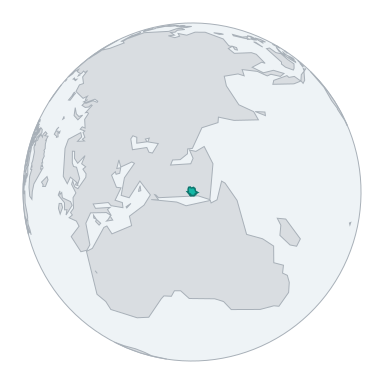 `Asir on an orthographic globe, rotated 299°
{"feature_id": "SAU-886", "entity_name": "`Asir", "entity_type": "Region", "adm_level": 1, "iso_a3": "SAU", "parent_name": "Saudi Arabia", "parent_adm1": "", "projection": "orthographic", "projection_center": [42.804, 19.207], "detail": "fine", "context": "on_globe", "style": "filled", "palette": "teal", "viewbox_px": 384, "rotation_deg": 299, "n_neighbors": 0, "source": "natural_earth", "source_scale": "10m", "svg_char_len": 11317}
<svg xmlns="http://www.w3.org/2000/svg" viewBox="0 0 384 384"><g transform="rotate(299 192 192)"><circle cx="192" cy="192" r="169" fill="#eef3f6" stroke="#a8b0b8"/><path d="M222.6,25.8L209.9,24.1L201.6,23.3L222.6,25.8ZM161.9,25.7L162.2,25.7L154.5,27.3L152.7,27.8L149.2,28.6L150.9,28.4L154.5,27.6L156.4,27.4L155.7,27.8L151.0,28.7L150.7,28.7L149.0,29.2L146.9,29.6L147.5,29.6L142.0,31.0L146.4,30.3L141.1,32.1L137.6,32.9L139.5,31.8L137.4,32.1L149.5,28.5L161.9,25.7ZM110.3,44.1L110.8,43.9L117.2,40.5L118.6,40.0L124.7,37.4L122.1,39.0L116.4,42.1L111.3,44.5L108.6,46.1L112.2,45.1L101.4,51.4L92.1,59.2L89.5,61.0L86.6,61.4L89.9,57.7L87.3,59.4L98.5,51.3L110.3,44.1ZM86.4,60.1L87.0,60.0L80.4,65.3L78.6,67.1L78.0,67.9L79.9,66.6L77.3,68.9L75.6,69.5L78.0,67.3L78.5,67.0L80.0,65.5L79.8,65.7L86.4,60.1ZM23.1,197.0L24.6,207.0L27.5,218.7L28.8,228.4L29.2,236.1L33.6,250.9L29.4,237.8L26.2,224.4L24.1,210.8L23.1,197.0ZM125.6,36.8L125.1,37.1L124.3,37.4L125.6,36.8ZM128.7,35.6L128.1,35.7L129.4,35.1L129.8,35.0L128.7,35.6ZM129.2,35.6L131.9,34.1L134.4,33.2L137.8,32.3L129.2,35.6ZM236.4,29.0L237.3,29.3L240.6,30.2L233.2,28.4L233.0,28.1L236.4,29.0ZM155.9,27.3L152.0,28.1L155.9,27.1L155.9,27.3ZM170.6,24.4L172.3,24.2L168.2,24.8L175.7,23.9L173.8,24.4L169.3,25.0L166.2,25.3L167.9,25.3L157.9,26.7L165.4,25.1L170.6,24.4ZM228.6,27.6L228.2,27.7L227.2,27.3L228.6,27.6ZM157.5,27.2L158.8,26.8L163.6,26.1L161.7,26.9L160.8,26.8L157.5,27.2ZM178.5,23.6L181.7,23.4L181.1,23.7L182.3,23.7L174.2,24.3L178.5,23.6ZM159.4,27.2L160.7,27.4L157.8,28.1L156.5,27.7L159.4,27.2ZM165.6,25.6L167.8,25.4L166.0,25.7L165.6,25.6ZM148.4,31.6L149.9,30.7L152.5,30.2L148.4,31.6ZM161.4,27.4L162.3,27.1L163.5,26.9L163.8,27.2L161.4,27.4ZM174.4,24.6L173.4,24.9L177.6,24.4L177.3,24.8L172.0,25.3L174.2,25.2L174.1,25.4L169.9,25.7L174.4,24.6ZM167.6,27.0L160.8,28.2L157.4,29.7L155.0,30.1L160.9,27.7L167.6,27.0ZM169.3,26.2L167.7,26.7L165.5,26.8L165.3,26.4L169.3,26.2ZM179.0,25.0L180.9,24.2L182.0,24.2L179.0,25.0ZM167.1,27.4L168.8,27.2L167.1,27.5L167.1,27.4ZM175.9,25.7L176.3,25.3L177.6,25.3L175.9,25.7ZM171.7,27.1L169.5,27.4L169.2,27.0L171.7,27.1ZM173.9,26.4L175.5,26.4L170.4,26.8L174.0,26.2L173.9,26.4ZM176.9,25.7L177.8,25.5L176.6,25.9L176.9,25.7ZM173.9,28.3L167.6,28.8L167.0,28.0L173.2,27.6L173.9,28.3ZM259.7,37.2L264.9,39.7L269.6,42.1L270.1,42.2L276.8,45.9L289.1,53.8L277.2,46.6L258.3,37.0L265.8,40.5L263.5,39.7L265.9,41.1L271.2,43.9L272.2,44.2L277.8,50.5L289.5,60.4L290.1,58.6L294.3,60.8L308.2,73.0L321.3,93.9L327.1,99.1L330.0,103.2L330.6,106.9L326.4,100.8L323.6,99.7L321.2,96.0L320.7,100.6L317.2,95.6L318.6,102.1L322.2,105.6L323.9,103.0L326.6,111.4L333.2,117.1L338.1,126.0L341.0,145.1L337.8,153.2L338.5,156.4L335.1,154.2L333.8,161.8L342.7,176.5L343.6,181.5L340.0,193.6L339.3,190.0L330.3,184.2L330.9,196.7L337.9,204.2L340.3,215.0L336.0,213.3L333.2,203.9L330.0,201.5L329.2,190.8L323.4,176.5L318.9,181.3L317.6,175.0L308.9,164.1L301.5,170.6L291.0,190.7L292.2,207.0L287.3,215.1L275.0,194.0L270.3,178.8L265.3,181.1L253.0,169.5L230.3,171.2L227.6,167.3L223.2,169.5L214.6,166.0L210.6,159.5L205.2,160.2L216.1,177.2L222.0,176.6L227.5,169.5L229.4,175.7L237.7,180.6L226.9,196.6L194.0,211.3L191.6,199.2L170.8,165.5L171.9,161.8L171.8,161.4L171.6,160.6L168.9,166.6L165.6,160.0L175.8,183.5L177.1,193.5L193.5,212.1L191.7,214.0L197.3,217.7L215.9,212.6L215.8,216.6L206.5,235.5L181.4,260.3L185.3,276.4L184.3,289.6L169.8,297.8L172.3,307.5L165.0,310.5L165.3,315.8L160.1,320.9L151.0,325.2L134.2,323.4L132.2,318.8L122.3,308.5L108.2,283.3L111.5,272.7L109.6,263.6L97.5,241.2L100.1,230.0L97.1,224.5L90.8,224.5L87.5,217.8L83.8,216.9L61.5,214.9L55.4,205.0L49.9,178.0L54.4,169.7L56.5,158.5L88.9,128.5L94.4,132.2L118.3,132.1L121.0,134.0L116.6,142.3L133.3,155.5L140.5,149.0L157.2,156.4L169.3,157.0L176.3,141.1L156.5,139.8L154.7,131.7L171.7,126.0L189.2,127.8L189.1,124.8L179.3,117.6L184.6,112.5L176.1,114.8L178.6,117.9L173.3,119.7L170.7,117.0L172.6,115.1L167.7,113.5L159.5,123.6L161.2,127.9L147.5,128.7L149.0,136.2L144.8,139.2L140.8,127.8L142.2,123.9L133.6,111.4L130.9,115.5L138.8,127.8L135.8,126.5L132.2,132.9L132.5,127.1L124.6,113.4L113.2,114.3L96.3,128.3L90.1,128.3L85.9,123.8L94.4,108.0L107.3,109.8L110.5,105.0L109.9,97.0L113.9,98.5L115.2,95.7L120.3,96.3L129.4,90.7L134.9,90.9L140.3,83.0L143.9,82.2L139.6,86.9L139.6,90.6L153.4,92.0L156.6,90.5L159.1,85.5L162.5,86.8L163.2,81.8L172.0,80.8L161.7,78.1L164.4,73.0L170.7,69.6L169.7,67.6L159.4,73.2L156.9,76.0L157.7,79.0L149.3,87.2L144.2,88.1L146.0,78.4L138.8,78.9L143.3,71.8L168.6,59.8L178.2,58.3L190.0,65.9L186.7,68.8L180.8,67.3L184.5,73.2L185.0,70.5L187.9,71.8L191.2,67.9L193.4,68.7L192.7,63.8L195.8,64.4L196.1,67.5L203.5,62.9L210.4,63.4L211.0,62.1L209.7,60.4L219.3,62.7L219.4,61.6L216.2,60.4L214.2,57.6L214.5,53.8L217.8,54.8L218.2,56.3L223.9,61.2L224.4,65.5L225.7,65.6L226.1,62.1L219.1,56.0L218.3,53.5L222.2,56.0L220.7,54.9L221.4,53.9L225.1,54.1L221.1,51.3L223.7,41.8L231.1,41.6L234.3,44.5L239.6,40.6L247.6,41.8L244.7,40.6L245.2,38.5L242.7,38.0L241.4,37.4L241.7,33.2L244.3,33.4L241.2,31.3L239.7,30.8L237.5,30.4L233.2,28.4L240.6,30.2L243.6,31.1L244.4,31.4L259.7,37.2ZM76.2,145.4L74.9,148.6L76.2,145.4ZM206.9,138.5L218.0,139.0L214.4,129.0L218.4,128.5L215.7,125.5L214.1,128.3L207.9,120.0L213.1,117.2L212.5,113.0L208.8,112.7L200.1,119.4L209.0,130.9L205.9,135.1L206.9,138.5ZM80.5,65.3L79.4,66.6L78.9,66.8L80.5,65.3ZM80.8,68.2L76.6,72.1L79.3,69.3L77.7,70.1L81.3,65.7L88.3,61.7L84.5,64.1L80.8,68.2ZM88.0,59.4L85.0,62.2L88.0,59.3L88.0,59.4ZM117.6,81.4L118.7,83.4L115.7,86.3L108.8,87.4L113.0,83.1L117.6,81.4ZM120.8,85.7L124.5,76.5L128.9,75.9L125.8,77.7L128.4,78.3L124.1,81.4L124.7,90.4L122.2,93.6L110.8,93.0L115.9,91.2L114.6,89.2L120.8,85.7ZM126.1,58.4L127.7,55.6L135.2,57.7L132.8,60.2L125.8,61.1L124.5,58.7L126.1,58.4ZM134.8,34.6L134.9,34.3L136.2,33.9L137.2,33.9L134.8,34.6ZM148.9,31.2L135.5,36.2L135.0,35.9L127.8,39.8L123.6,40.6L128.4,38.0L119.8,41.9L122.5,39.9L116.8,42.7L128.0,36.7L130.1,35.5L129.3,36.5L133.1,35.6L135.3,34.9L143.3,32.0L149.6,29.3L154.3,28.5L156.0,28.6L155.2,29.1L152.4,29.4L153.3,29.9L148.6,30.7L148.9,31.2ZM172.8,36.9L169.9,35.9L171.0,39.1L166.4,39.1L166.8,39.5L162.8,40.5L158.6,42.6L156.7,42.3L155.9,43.3L153.3,44.1L151.6,45.4L147.5,45.6L145.1,47.3L144.6,46.4L141.5,49.4L142.0,47.3L138.6,48.5L139.9,49.9L122.4,49.8L114.7,52.2L108.0,55.5L109.7,52.1L117.2,47.1L127.0,42.4L134.1,40.9L133.6,39.9L136.9,39.0L135.9,40.2L139.4,37.9L141.9,37.6L150.6,34.8L154.1,32.3L157.4,31.4L157.2,32.2L160.6,30.8L162.5,31.9L164.9,31.4L169.2,32.2L167.5,34.5L170.3,33.8L173.7,34.7L172.8,36.9ZM175.0,28.6L174.1,30.7L171.0,32.0L164.8,30.1L162.4,30.4L158.3,29.8L162.8,28.1L163.5,28.4L165.3,28.3L163.2,28.9L166.2,28.4L167.3,28.9L170.0,28.7L169.0,29.4L175.0,28.6ZM125.1,131.3L127.4,132.0L131.2,132.1L129.0,136.3L125.1,131.3ZM119.5,122.0L121.7,121.7L120.4,127.3L118.0,126.8L119.5,122.0ZM124.0,117.1L121.9,121.3L121.6,118.7L124.0,117.1ZM141.8,86.6L144.3,86.3L144.1,87.5L142.3,89.2L141.8,86.6ZM175.3,48.1L174.1,46.9L175.1,46.5L175.8,43.5L179.3,43.5L180.3,45.3L175.3,48.1ZM172.4,143.6L168.3,146.6L166.7,145.0L168.4,144.3L172.4,143.6ZM147.1,141.5L152.4,144.1L146.4,142.7L147.1,141.5ZM179.2,47.6L179.1,46.3L181.0,47.1L179.2,47.6ZM181.9,43.4L184.3,44.1L179.8,43.2L181.9,43.4ZM241.2,344.7L242.4,345.6L239.7,346.1L241.2,344.7ZM213.8,287.1L203.5,309.5L195.3,309.8L193.2,303.4L196.7,289.9L206.0,285.8L210.4,279.3L213.8,287.1ZM353.8,231.6L354.8,231.0L354.6,231.8L353.8,231.6ZM352.9,230.4L354.3,229.1L352.3,232.2L352.9,230.4ZM354.8,228.7L356.2,225.8L356.8,223.9L356.5,225.6L354.8,228.7ZM351.8,231.4L344.3,236.4L340.9,236.5L342.1,233.3L347.6,230.7L351.8,231.4ZM341.8,233.4L336.0,228.7L325.4,210.5L329.3,209.4L339.8,218.6L339.2,221.2L342.7,225.5L341.8,233.4ZM354.2,211.7L353.5,219.1L349.7,221.3L347.8,221.5L346.5,213.3L347.3,208.2L349.0,207.3L353.5,187.7L355.5,190.0L354.6,197.8L356.1,202.8L354.2,211.7ZM293.0,208.3L297.3,217.0L294.4,219.2L293.0,208.3ZM353.8,175.2L353.0,183.6L353.2,173.1L353.8,175.2ZM353.0,165.8L353.8,169.1L352.4,166.5L353.0,165.8ZM339.9,161.0L338.2,162.9L337.4,160.6L339.1,156.8L339.9,161.0ZM341.8,133.7L344.6,140.5L345.2,143.1L343.1,139.4L341.8,133.7ZM209.2,49.0L204.3,52.9L203.2,56.4L206.2,59.1L199.8,57.2L201.7,51.8L209.2,49.0ZM221.5,42.4L218.9,40.4L221.4,40.5L222.3,41.0L221.5,42.4ZM219.0,41.7L213.2,40.9L212.6,39.4L217.3,40.3L219.0,41.7ZM196.1,43.4L194.4,44.5L193.0,43.7L196.1,43.4ZM326.4,294.4L325.7,295.3L325.1,295.7L328.7,290.8L335.0,278.9L335.6,278.6L339.6,269.8L347.6,256.6L354.5,237.9L354.8,237.1L350.9,249.4L346.1,261.3L340.4,272.8L333.8,283.9L326.4,294.4ZM356.1,229.2L357.9,222.0L358.4,220.5L356.1,229.2ZM360.9,197.1L360.8,196.8L360.9,194.6L360.9,197.1ZM359.8,206.3L359.7,208.3L359.5,207.4L359.8,206.3ZM360.2,204.4L360.5,204.6L360.0,206.2L360.2,204.4ZM356.9,203.5L357.3,207.4L358.7,202.9L357.6,208.2L358.0,214.3L357.5,217.4L357.2,210.7L356.3,219.2L355.6,219.8L355.7,213.3L356.6,204.1L357.3,199.8L359.4,195.4L356.9,203.5ZM360.4,199.1L360.2,194.4L360.2,190.7L360.5,192.8L360.4,199.1ZM358.8,183.6L357.2,179.1L356.6,182.4L357.1,172.0L358.6,178.1L358.8,183.6ZM356.3,171.9L355.8,175.0L355.8,169.2L356.3,171.9ZM355.2,173.3L354.3,169.4L355.2,169.1L355.2,173.3ZM356.7,171.5L355.5,164.5L356.6,168.1L356.7,171.5ZM351.9,160.9L355.0,165.6L352.4,165.2L348.7,152.4L349.5,151.1L351.9,160.9ZM334.2,105.6L332.0,102.5L331.8,101.0L333.3,103.5L334.2,105.6ZM329.0,94.3L331.0,99.6L332.2,104.5L333.4,105.4L336.7,111.5L333.0,107.2L329.7,99.6L329.3,97.0L326.1,92.3L323.9,88.3L319.4,83.0L317.4,80.3L321.3,84.4L329.0,94.3ZM317.4,81.0L308.8,71.9L309.9,71.8L312.0,73.7L315.5,77.8L314.7,77.6L317.4,81.0ZM307.0,69.8L306.2,69.7L291.8,58.9L289.0,56.8L300.5,64.1L300.4,64.5L303.7,67.4L307.0,69.8ZM230.1,28.1L228.4,27.7L229.7,27.9L230.1,28.1ZM240.0,37.2L238.4,36.2L239.9,36.2L240.0,37.2ZM234.7,33.9L234.1,34.5L233.4,33.4L234.7,33.9ZM232.9,36.1L233.2,34.5L234.9,36.7L232.9,36.1Z" fill="#d9dde1" stroke="#a8b0b8" stroke-width="1"/><path d="M194.3,197.2L194.2,197.1L193.9,197.0L193.7,197.0L193.3,196.7L193.2,196.7L192.9,196.5L192.9,196.4L192.7,196.2L192.4,196.0L192.4,195.9L192.4,195.7L192.2,195.6L191.9,195.8L191.8,196.0L191.7,196.4L191.7,196.5L191.4,196.5L191.1,196.2L190.9,195.9L190.3,195.8L190.2,195.8L190.2,195.7L190.0,195.4L189.9,195.4L189.6,195.4L189.5,195.2L189.6,194.8L189.6,194.7L189.4,194.6L189.1,194.6L189.2,194.3L189.2,194.2L189.0,193.4L188.9,193.3L188.7,193.2L188.3,193.2L188.2,193.2L188.0,192.8L188.1,192.1L188.3,192.2L188.5,192.0L188.6,191.9L188.8,191.9L189.1,192.0L189.2,191.9L189.3,191.9L189.5,191.5L189.5,191.4L189.4,191.3L189.3,191.1L189.3,190.9L189.4,190.5L189.4,190.4L189.3,190.2L189.2,190.2L188.9,190.3L189.2,189.6L189.3,189.5L189.3,189.3L189.3,189.2L189.7,188.8L189.8,188.8L189.9,188.7L189.8,188.4L189.7,188.3L189.9,187.8L190.2,188.5L190.3,188.6L190.5,188.6L190.8,188.5L191.5,187.8L192.1,187.5L192.3,187.4L192.5,187.3L192.7,187.2L192.8,187.2L193.0,187.1L193.3,187.1L193.5,187.2L194.1,186.9L194.4,186.8L194.8,187.1L194.9,187.3L195.0,187.5L195.4,187.9L195.5,188.0L195.4,188.3L195.3,188.6L195.2,188.7L195.1,189.2L195.1,189.3L195.3,189.6L195.6,190.0L196.7,191.0L196.8,191.1L196.8,191.4L196.8,191.5L196.7,191.6L196.5,191.8L196.4,191.8L196.3,192.0L196.4,192.5L196.5,192.7L196.4,192.8L196.4,193.0L196.1,193.2L196.0,193.3L195.9,193.3L195.7,193.4L195.5,193.5L195.4,193.7L195.4,193.8L194.9,194.2L194.5,194.7L194.4,194.8L194.3,195.0L194.4,195.3L194.4,195.6L194.4,196.2L194.4,196.3L194.4,196.5L194.4,196.8L194.3,197.1L194.3,197.2Z" fill="#14b8a6" stroke="#0f766e" stroke-width="1.5"/></g></svg>